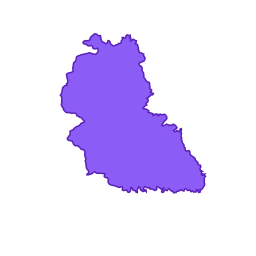 Lagoa Grande, Minas Gerais, Brazil (Mercator projection), rotated 141°
{"feature_id": "56859067B57490940566650", "entity_name": "Lagoa Grande", "entity_type": "district", "adm_level": 2, "iso_a3": "BRA", "parent_name": "Brazil", "parent_adm1": "Minas Gerais", "projection": "mercator", "projection_center": [-46.514, -17.75], "detail": "fine", "context": "isolated", "style": "filled", "palette": "violet", "viewbox_px": 256, "rotation_deg": 141, "n_neighbors": 0, "source": "geoboundaries", "source_scale": "gbopen_adm2", "svg_char_len": 5794}
<svg xmlns="http://www.w3.org/2000/svg" viewBox="0 0 256 256"><g transform="rotate(141 128 128)"><path d="M109.6,33.8L107.2,34.4L104.7,35.3L103.7,36.1L103.2,37.3L102.6,38.3L101.6,39.1L100.9,40.7L99.4,41.4L98.1,41.7L98.2,43.0L98.7,44.0L100.1,44.4L100.3,45.7L99.1,46.6L98.7,48.3L97.6,47.7L98.2,49.3L97.9,51.1L97.0,51.5L95.8,52.0L95.2,53.7L96.2,54.5L96.2,56.4L95.3,57.2L95.8,58.5L95.6,59.7L95.7,61.0L95.0,62.1L95.2,63.6L95.8,65.3L96.0,66.6L96.5,67.8L95.8,69.2L94.8,70.7L94.8,72.1L96.1,72.6L97.1,73.2L97.5,74.6L96.0,76.9L96.4,78.4L95.2,79.4L95.0,82.5L94.0,84.1L94.0,85.4L92.7,86.2L92.4,87.5L90.7,89.6L89.7,90.1L89.6,91.4L88.6,92.3L87.4,93.0L87.0,94.0L88.0,94.4L89.0,93.8L89.6,92.9L90.8,93.1L91.0,94.3L91.8,95.4L92.9,95.1L93.9,95.7L94.1,97.4L91.4,97.2L89.8,97.3L89.6,98.6L89.4,100.2L90.3,101.3L90.2,102.3L91.4,102.8L92.8,102.6L93.7,104.1L94.8,104.4L94.9,105.6L95.6,106.7L96.9,106.8L98.2,107.3L99.7,107.6L100.0,108.9L98.7,109.4L97.3,109.7L95.7,110.5L94.5,110.4L92.7,110.6L91.5,111.2L90.9,112.4L90.6,114.1L90.8,115.5L91.7,116.1L92.7,116.5L93.6,117.3L94.0,118.3L95.1,118.9L96.1,118.2L96.9,119.2L96.4,120.0L96.9,120.9L98.0,121.7L99.2,121.5L100.6,122.0L99.6,123.3L100.2,124.3L101.7,126.7L102.4,127.4L101.0,128.4L101.6,130.0L101.9,131.2L102.6,131.9L103.4,132.8L103.9,133.7L102.5,134.3L100.6,134.4L98.9,134.1L98.6,135.8L96.5,135.8L95.0,136.6L94.4,137.8L94.7,139.2L93.7,139.0L92.3,139.1L91.0,138.9L89.7,139.5L88.6,138.6L87.6,138.3L86.6,138.8L87.4,140.3L88.1,141.6L86.3,142.0L85.6,143.1L86.2,144.1L86.2,145.2L85.3,145.8L84.5,146.9L84.0,148.2L83.2,148.9L82.9,150.4L83.9,151.3L84.2,152.8L84.0,154.4L83.9,156.0L83.5,158.2L82.5,158.8L82.2,159.8L81.1,161.3L81.2,162.8L80.8,164.2L79.5,165.3L78.9,166.7L78.9,167.8L79.6,168.8L79.5,170.1L78.8,171.1L77.3,171.2L74.1,170.1L72.9,170.1L71.8,170.6L70.5,172.0L70.5,173.5L70.2,174.5L69.3,175.5L69.9,176.4L70.2,177.7L71.3,178.9L71.5,180.8L70.7,181.4L70.7,182.7L69.5,183.5L69.0,185.4L68.3,186.3L68.3,187.6L69.3,188.7L67.9,189.5L66.6,190.5L67.5,191.9L67.9,193.4L69.1,193.9L70.1,193.8L71.1,194.1L70.2,195.2L69.3,196.0L70.0,196.8L68.7,197.6L67.9,198.8L69.4,199.3L69.7,200.6L70.8,201.1L72.1,200.5L73.2,199.4L74.1,199.9L74.6,201.5L75.7,201.9L76.3,200.5L78.5,199.9L79.7,198.5L80.9,198.8L81.9,199.5L83.4,199.5L84.8,200.0L86.0,200.2L87.0,200.6L87.9,201.1L88.2,202.7L88.7,204.3L87.8,206.2L87.8,207.7L88.5,208.5L89.9,207.7L91.1,206.9L92.1,207.5L92.6,208.4L92.9,209.7L93.6,210.8L93.7,212.3L93.3,213.6L92.5,214.8L91.3,217.2L92.5,217.9L93.2,219.3L93.4,220.8L94.0,221.6L95.0,222.3L97.9,222.2L99.4,222.2L100.5,221.8L101.5,220.9L103.1,220.6L104.5,221.3L105.4,222.0L106.3,222.9L107.7,223.2L109.1,222.9L109.5,221.7L109.0,220.8L108.3,219.8L107.6,218.5L107.3,216.9L106.1,216.0L104.6,215.3L104.2,214.1L104.6,213.1L105.0,212.1L104.5,210.8L103.6,210.1L102.6,209.6L101.6,209.3L101.8,208.2L102.6,206.7L103.8,205.9L105.1,205.7L106.7,205.7L108.0,206.7L108.9,208.2L110.7,210.9L112.2,211.3L114.8,212.7L116.1,213.1L117.2,214.0L119.9,214.8L121.4,215.5L123.3,215.6L124.4,214.6L126.0,213.3L127.5,212.8L128.9,213.0L130.2,212.1L131.7,210.5L132.8,209.7L133.5,208.9L134.1,208.0L134.7,206.7L136.3,206.7L138.2,207.4L139.7,208.2L141.2,208.6L142.3,208.2L142.7,207.0L143.6,205.9L144.0,204.7L144.7,203.6L145.5,201.9L146.9,201.1L148.1,201.0L148.5,199.7L149.5,200.3L150.9,200.6L152.2,200.6L153.2,200.5L155.2,199.0L156.9,197.3L158.4,196.6L160.0,196.0L159.9,194.4L160.4,193.2L161.2,192.1L162.7,190.8L163.0,189.6L164.2,188.9L165.2,188.1L165.7,186.7L165.8,185.1L165.6,183.8L166.5,183.3L166.5,182.0L166.5,179.9L165.7,178.1L164.0,177.2L163.2,175.8L162.4,174.8L161.3,174.2L160.1,173.2L159.3,171.8L160.0,169.4L159.0,168.3L159.0,167.0L157.9,165.7L157.7,164.3L157.9,162.8L157.6,161.6L157.9,160.2L160.0,160.6L161.0,161.1L162.1,161.1L163.2,160.6L164.5,160.8L165.8,160.8L167.0,161.4L168.2,161.6L171.0,161.5L172.4,161.1L173.5,161.8L175.3,161.9L176.0,160.6L176.9,159.6L178.6,159.0L180.6,158.5L182.1,157.8L182.1,156.2L181.4,155.1L180.6,154.1L179.8,153.2L179.7,151.9L180.4,150.2L180.5,148.7L180.1,147.4L179.2,146.7L178.2,145.9L178.1,144.7L177.6,143.3L177.9,141.8L177.4,140.4L176.4,139.4L176.2,138.2L176.2,136.6L177.2,135.8L178.3,134.7L179.1,133.2L179.7,132.2L179.7,131.0L180.5,130.2L181.8,129.6L182.3,128.4L183.0,127.2L183.7,125.9L184.6,124.6L185.7,122.6L185.6,121.0L185.9,118.9L187.3,117.7L188.6,118.1L189.4,117.5L188.2,116.5L186.7,116.0L185.3,115.3L183.9,115.2L182.8,115.2L181.7,115.1L181.2,114.2L181.0,113.0L179.9,111.7L178.8,110.9L177.6,109.9L176.6,108.7L175.4,107.7L174.8,106.8L176.2,106.0L177.0,105.3L176.9,104.1L176.0,103.0L175.4,102.1L175.4,101.0L175.9,100.1L176.9,99.3L177.7,98.0L177.9,96.6L177.4,94.9L176.6,93.8L175.6,92.6L174.7,91.4L174.1,90.5L172.8,88.0L171.8,87.1L170.7,86.7L169.7,86.3L169.7,85.0L170.6,84.3L171.4,83.4L170.7,82.0L169.3,81.4L168.0,80.7L168.4,79.2L168.4,78.0L167.6,77.3L166.6,77.3L165.5,77.6L164.5,78.6L163.7,79.8L162.7,79.6L162.7,78.2L163.2,76.3L161.9,74.9L162.1,73.1L161.4,72.0L160.5,72.9L160.1,73.9L159.0,74.5L157.8,74.9L156.7,75.5L156.2,74.3L156.7,73.2L157.2,72.2L157.0,71.1L156.4,69.3L155.2,68.7L154.0,68.4L153.9,67.1L153.0,68.3L153.7,69.4L154.9,70.6L153.4,71.5L152.1,71.9L151.3,71.1L151.0,69.8L150.0,68.8L148.9,68.1L149.3,66.7L148.1,65.8L147.4,64.7L146.8,63.7L146.4,62.5L145.1,62.1L143.9,62.4L143.3,63.8L142.2,64.2L141.5,63.0L141.2,61.6L140.7,59.7L138.3,58.9L139.8,58.1L141.2,58.0L142.1,57.2L141.6,56.0L140.2,55.9L139.0,56.4L138.0,56.5L137.5,55.7L137.0,54.7L135.9,55.0L134.5,55.2L134.2,53.5L134.0,51.7L132.9,50.8L133.4,49.0L132.1,48.3L131.3,47.6L130.1,48.1L128.8,47.3L127.2,46.8L126.0,47.0L125.3,45.5L124.2,43.8L122.5,45.0L121.3,44.4L121.3,43.1L120.9,41.8L119.1,41.1L119.1,38.8L117.7,38.8L117.3,36.9L115.9,35.9L114.7,35.2L113.7,36.8L112.7,36.1L112.9,34.8L113.5,33.2L112.1,32.8L110.7,34.8L109.6,33.8ZM98.7,44.0L97.4,44.0L98.7,45.1L98.7,44.0Z" fill="#8b5cf6" stroke="#5b21b6" stroke-width="1.5"/></g></svg>